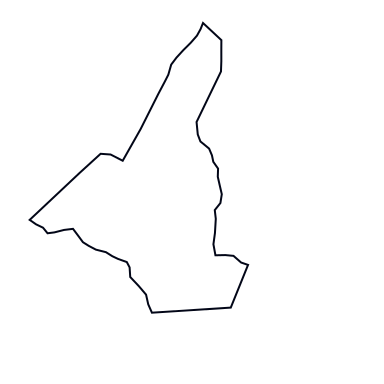 the district of Camocim de São Félix, Pernambuco, Brazil, rotated 133°
{"feature_id": "56859067B97810771102376", "entity_name": "Camocim de São Félix", "entity_type": "district", "adm_level": 2, "iso_a3": "BRA", "parent_name": "Brazil", "parent_adm1": "Pernambuco", "projection": "orthographic", "projection_center": [-35.778, -8.341], "detail": "fine", "context": "isolated", "style": "outline", "palette": "ink", "viewbox_px": 384, "rotation_deg": 133, "n_neighbors": 0, "source": "geoboundaries", "source_scale": "gbopen_adm2", "svg_char_len": 899}
<svg xmlns="http://www.w3.org/2000/svg" viewBox="0 0 384 384"><g transform="rotate(133 192 192)"><path d="M60.9,274.1L60.9,299.2L67.1,296.8L74.3,295.0L83.7,294.7L94.3,295.1L104.3,295.0L113.0,294.1L122.4,289.3L129.7,287.2L143.0,283.6L181.0,272.5L216.4,264.0L220.1,277.1L226.4,284.9L254.6,287.2L323.1,291.7L322.0,284.0L319.7,276.6L320.7,269.5L315.4,265.1L307.0,259.7L300.1,253.9L301.6,245.5L303.1,237.5L301.8,230.7L299.7,223.0L294.7,213.9L293.3,206.5L291.4,200.5L287.7,191.9L289.7,186.2L296.3,179.2L297.1,166.7L298.4,155.6L304.0,147.4L307.6,139.0L250.1,84.8L207.1,101.3L210.1,108.0L210.4,118.1L215.4,124.6L222.3,131.7L215.6,140.7L206.4,147.2L195.4,156.3L189.7,163.0L180.7,163.7L173.3,168.7L168.4,176.0L163.3,183.5L157.1,188.9L155.4,197.0L151.6,202.4L148.6,209.1L149.3,220.3L146.0,227.0L137.7,236.4L84.1,253.0L76.4,259.7L67.3,268.2L60.9,274.1Z" fill="none" stroke="#020617" stroke-width="2"/></g></svg>